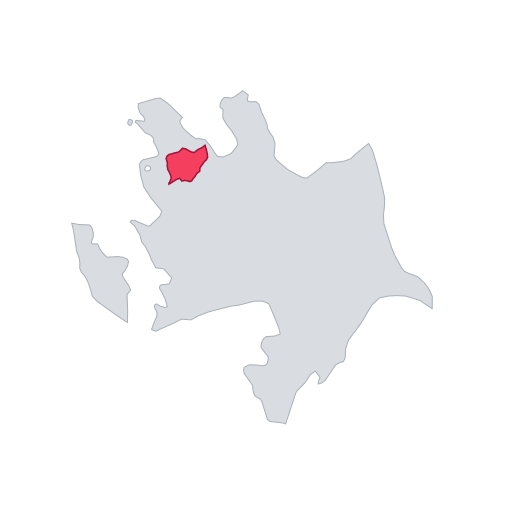 location of Şəmkir within Azerbaijan, rotated 22°
{"feature_id": "AZE-1685", "entity_name": "Şəmkir", "entity_type": "District", "adm_level": 1, "iso_a3": "AZE", "parent_name": "Azerbaijan", "parent_adm1": "", "projection": "orthographic", "projection_center": [46.049, 40.847], "detail": "fine", "context": "in_parent", "style": "filled", "palette": "rose", "viewbox_px": 512, "rotation_deg": 22, "n_neighbors": 0, "source": "natural_earth", "source_scale": "10m", "svg_char_len": 4054}
<svg xmlns="http://www.w3.org/2000/svg" viewBox="0 0 512 512"><g transform="rotate(22 256 256)"><path d="M346.4,400.6L344.5,400.5L330.8,404.2L327.9,403.3L315.8,388.6L313.3,387.0L308.3,386.5L305.2,384.1L302.7,380.1L301.3,377.2L289.0,369.4L287.2,366.4L286.8,363.8L288.6,361.4L290.6,359.4L296.4,357.2L303.3,355.3L305.4,354.0L306.5,351.8L306.4,348.4L305.1,345.0L295.1,339.0L294.0,336.4L293.6,333.1L294.1,329.7L295.6,327.0L303.5,323.1L307.7,319.2L304.9,315.1L296.1,305.7L285.6,295.4L278.8,295.4L271.0,298.7L258.5,308.0L251.6,311.9L242.6,318.4L232.8,325.7L224.7,333.3L219.7,339.6L210.7,342.4L206.1,347.7L191.0,363.4L186.7,363.3L186.4,355.5L186.6,349.3L185.6,345.8L180.7,341.0L180.6,338.9L181.9,337.6L185.7,338.3L190.5,338.0L192.8,336.1L187.6,329.7L183.0,325.5L179.1,322.6L178.2,320.9L178.2,319.6L179.0,318.2L185.7,314.6L186.3,311.4L185.9,307.8L175.3,302.5L167.4,304.5L160.3,298.5L155.8,293.8L150.1,288.9L145.1,286.1L140.3,279.9L131.9,273.4L126.5,271.6L126.6,270.6L127.6,269.4L129.8,268.5L144.8,268.8L146.6,267.6L147.5,264.8L149.6,260.8L152.0,254.8L151.8,249.7L136.8,241.5L126.0,234.0L118.6,224.0L113.6,214.9L113.8,211.9L115.3,209.0L126.9,200.8L127.6,198.6L127.4,197.1L123.3,192.8L118.2,188.4L116.6,185.2L113.4,183.5L107.2,183.3L96.4,177.8L94.1,177.3L93.6,176.2L94.2,175.1L101.9,173.0L101.8,171.2L99.5,168.8L95.2,167.0L91.2,162.7L89.9,158.8L103.9,147.6L108.0,145.4L117.1,147.5L135.9,155.1L134.6,159.3L136.5,161.7L140.8,164.9L149.1,168.1L156.2,169.8L159.7,168.4L165.1,167.2L172.2,170.9L178.7,175.6L182.0,177.5L183.7,178.0L188.6,176.4L194.5,170.3L196.8,162.9L197.4,159.4L193.9,154.5L186.8,149.3L178.9,144.7L173.7,140.6L170.5,132.5L167.2,131.6L166.4,130.6L165.8,127.8L166.0,124.0L167.1,121.0L170.3,119.7L173.5,119.2L176.4,116.4L180.0,110.8L181.6,107.8L188.5,109.5L189.4,114.4L190.6,115.5L193.5,114.9L198.2,112.8L202.0,114.3L206.9,120.2L213.7,126.4L217.4,130.6L218.9,133.5L222.3,136.2L227.4,139.5L231.5,144.6L235.3,156.6L238.9,159.3L252.1,163.7L256.7,164.5L269.5,165.9L274.0,164.7L280.4,154.2L286.1,143.3L291.6,141.0L301.4,135.6L307.3,130.6L309.6,125.2L315.0,115.1L318.3,109.5L324.3,114.2L334.9,127.4L350.1,148.8L353.9,154.8L356.5,161.9L358.9,170.6L362.5,178.1L378.1,196.9L384.8,203.8L395.7,212.7L399.5,214.6L404.5,214.9L413.5,214.6L422.0,217.8L426.2,220.2L430.7,223.6L434.7,227.7L439.1,238.9L424.4,235.8L409.8,237.1L401.6,239.9L393.8,243.5L386.3,248.5L381.8,257.9L378.5,279.2L373.3,299.2L373.8,308.4L376.8,317.1L376.6,321.3L373.9,323.2L370.6,327.0L366.7,345.4L364.5,349.1L361.6,351.4L360.8,349.3L360.8,344.5L354.1,340.6L350.9,345.4L348.8,355.5L344.4,366.2L344.2,368.2L346.4,400.6ZM125.0,216.9L125.7,214.1L123.9,212.8L121.9,212.7L120.3,214.1L120.2,217.6L122.5,218.3L125.0,216.9ZM76.1,299.1L73.9,296.1L72.9,294.5L79.5,293.3L90.3,289.5L93.3,291.4L96.4,295.4L97.9,298.8L98.2,305.2L99.4,306.2L104.7,304.1L107.1,306.7L111.1,309.8L118.2,312.9L128.4,308.2L133.4,307.0L137.6,307.1L139.8,308.6L140.6,313.5L139.8,319.6L138.6,322.9L140.7,325.4L149.1,331.2L152.6,334.5L150.9,340.1L157.1,353.9L159.2,359.2L161.7,365.8L148.8,363.2L125.7,357.6L119.4,354.7L113.5,347.0L109.9,343.2L104.7,338.5L100.3,336.6L97.1,333.3L95.3,328.4L92.6,323.9L87.9,318.7L77.4,300.9L76.1,299.1ZM91.1,181.4L89.7,182.3L87.5,181.3L86.9,179.2L87.1,176.9L89.2,176.4L90.9,177.0L91.4,179.1L91.1,181.4Z" fill="#d9dde1" stroke="#a8b0b8" stroke-width="1"/><path d="M172.1,198.4L171.1,200.2L170.1,201.9L169.9,203.6L169.7,205.2L169.2,206.5L168.7,207.7L168.5,209.2L168.1,210.7L166.4,212.0L164.3,212.0L161.6,212.6L159.2,214.3L156.1,212.6L153.6,214.8L151.0,218.5L148.4,222.0L147.9,221.0L148.4,220.0L148.2,218.0L148.4,216.1L147.0,213.5L144.5,211.1L141.8,208.8L139.7,205.4L139.3,203.7L138.5,202.2L137.3,200.8L136.1,199.2L136.1,196.6L137.3,194.5L139.2,193.2L141.0,191.6L143.2,190.1L145.3,188.6L146.5,186.0L147.5,183.6L150.6,183.0L153.8,183.4L157.1,183.8L160.2,183.1L160.7,181.9L161.3,180.6L162.0,179.6L162.7,178.6L165.3,175.8L167.3,172.4L170.1,176.0L172.7,179.7L174.2,182.6L173.9,185.6L172.9,187.3L172.4,189.3L172.1,190.9L171.6,192.3L171.0,195.4L172.1,198.4Z" fill="#f43f5e" stroke="#9f1239" stroke-width="1.5"/></g></svg>